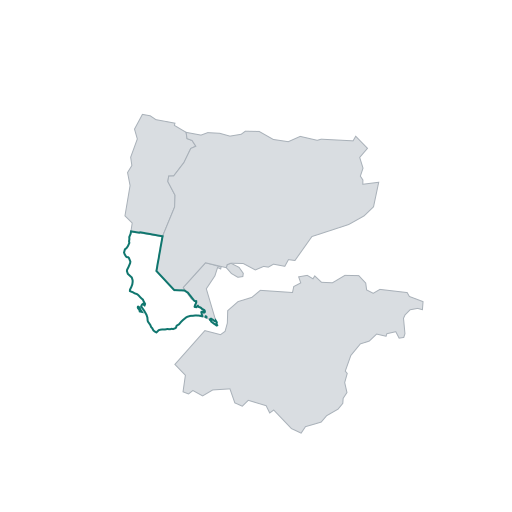 Oman shown with its bordering countries, rotated 121°
{"feature_id": "OMN", "entity_name": "Oman", "entity_type": "country or territory", "adm_level": 0, "iso_a3": "OMN", "parent_name": "Asia", "parent_adm1": "", "projection": "robinson", "projection_center": [56.004, 21.502], "detail": "fine", "context": "with_neighbors", "style": "outline", "palette": "teal", "viewbox_px": 512, "rotation_deg": 121, "n_neighbors": 5, "source": "natural_earth", "source_scale": "50m", "svg_char_len": 5473}
<svg xmlns="http://www.w3.org/2000/svg" viewBox="0 0 512 512"><g transform="rotate(121 256 256)"><path d="M283.4,280.2L285.3,279.6L285.7,283.0L294.2,281.0L309.7,281.7L332.0,257.4L334.1,261.7L335.5,271.6L330.0,271.7L329.1,279.9L331.0,281.6L326.1,284.1L326.1,289.3L320.4,302.2L287.8,295.8L283.4,280.2Z" fill="#d9dde1" stroke="#a8b0b8" stroke-width="1"/><path d="M275.1,273.8L274.5,264.6L277.4,258.0L280.4,256.7L283.6,260.6L283.7,268.0L281.3,275.4L278.3,276.3L275.1,273.8Z" fill="#d9dde1" stroke="#a8b0b8" stroke-width="1"/><path d="M251.9,208.7L246.2,202.1L246.2,195.4L242.8,195.4L244.8,186.3L239.6,176.7L226.8,169.8L219.9,157.8L222.7,148.0L228.1,143.7L227.6,136.3L220.8,132.6L209.5,107.6L211.7,103.7L209.1,89.3L216.3,85.7L217.7,90.5L222.7,96.2L229.7,97.9L233.4,97.5L245.9,88.3L249.7,87.4L252.7,91.0L248.9,97.2L255.2,103.8L257.8,103.2L260.8,112.4L270.6,115.1L277.6,121.3L292.4,123.5L308.7,120.2L309.7,117.3L318.8,114.8L326.2,107.7L333.1,108.0L337.6,105.7L345.0,106.8L356.5,113.2L364.8,114.6L376.8,125.7L384.6,126.1L385.7,136.7L378.9,161.5L383.5,163.4L379.1,170.2L383.7,188.3L391.8,190.4L392.8,198.5L383.3,209.9L393.1,224.1L403.4,229.7L403.8,240.8L409.0,242.8L410.0,248.6L394.6,255.1L390.7,269.7L346.3,261.4L341.7,245.9L336.5,243.7L328.3,246.0L317.4,252.1L304.3,247.9L293.5,238.2L283.2,234.6L268.5,205.9L262.7,207.9L256.0,203.8L251.9,208.7Z" fill="#d9dde1" stroke="#a8b0b8" stroke-width="1"/><path d="M287.5,346.2L299.5,375.8L291.5,379.1L289.1,389.0L260.5,400.2L250.6,409.1L242.4,409.0L235.9,414.3L216.8,418.0L209.8,425.5L193.1,426.3L190.3,418.9L190.7,412.1L183.9,393.9L186.1,393.2L186.0,379.6L190.9,375.6L189.9,370.3L192.9,364.1L197.4,367.3L213.0,365.9L229.8,367.8L232.5,372.0L237.6,369.9L245.6,356.7L255.9,351.0L287.5,346.2Z" fill="#d9dde1" stroke="#a8b0b8" stroke-width="1"/><path d="M106.3,215.9L118.1,217.9L125.6,209.5L133.8,207.7L135.8,203.5L139.5,201.4L129.6,188.8L153.3,180.6L165.9,184.0L181.3,192.8L210.5,218.1L239.8,220.3L242.4,226.3L250.0,226.0L254.0,236.8L259.2,239.7L261.0,244.1L268.3,249.4L269.0,263.0L275.1,273.8L278.3,276.3L281.3,275.4L287.8,295.8L320.4,302.2L322.6,299.5L327.6,308.4L320.3,333.6L287.5,346.2L255.9,351.0L245.6,356.7L237.6,369.9L232.5,372.0L229.8,367.8L213.0,365.9L197.4,367.3L192.9,364.1L189.9,370.3L190.9,375.6L186.0,379.6L180.7,365.4L175.1,360.9L169.5,350.3L166.7,340.1L159.3,331.4L154.5,329.4L147.6,317.4L147.2,301.2L141.4,287.2L130.7,279.7L125.3,263.1L122.3,260.3L107.3,232.1L102.0,232.2L106.3,215.9Z" fill="#d9dde1" stroke="#a8b0b8" stroke-width="1"/><path d="M299.2,375.8L298.6,374.1L297.9,372.5L297.3,370.8L296.6,369.2L296.1,368.0L295.4,367.6L294.9,366.4L294.4,365.1L293.9,363.8L293.5,362.6L293.0,361.3L292.5,360.1L292.0,358.8L291.5,357.6L291.1,356.3L290.6,355.0L290.1,353.8L289.6,352.5L289.2,351.3L288.7,350.0L288.2,348.8L287.7,347.5L287.2,346.2L288.8,345.7L290.7,344.9L292.6,344.2L294.4,343.5L296.3,342.8L298.2,342.1L300.1,341.3L302.0,340.6L303.9,339.9L305.7,339.2L307.6,338.4L309.5,337.7L311.4,337.0L313.3,336.3L315.1,335.6L317.0,334.8L318.9,334.1L320.1,333.7L320.6,332.0L321.0,330.6L321.4,329.2L321.8,327.8L322.2,326.4L322.6,325.0L323.0,323.6L323.4,322.2L323.8,320.8L324.2,319.5L324.6,318.1L325.0,316.7L325.4,315.3L325.8,313.9L326.2,312.5L326.6,311.1L327.0,309.7L327.3,308.4L326.6,307.2L325.7,305.5L324.8,303.8L323.8,302.2L323.2,301.0L322.4,299.6L322.5,297.7L322.5,296.8L322.5,295.4L323.3,293.5L324.2,291.0L324.9,289.3L325.4,287.9L325.9,286.7L326.2,285.6L326.0,284.7L325.7,284.4L325.5,284.0L326.3,283.4L327.9,283.0L328.8,283.1L330.1,282.8L331.1,282.5L331.2,282.1L330.9,281.5L330.5,280.6L329.1,280.5L328.6,280.2L329.1,278.9L329.1,278.4L328.9,277.9L328.7,277.1L328.8,276.0L329.1,275.3L329.1,274.7L329.0,273.4L329.0,272.4L329.3,271.8L329.8,271.3L330.3,271.0L330.8,271.1L331.2,271.3L331.4,271.9L331.3,272.2L331.0,272.3L330.9,272.5L331.3,273.2L331.9,274.0L332.4,273.9L332.9,273.3L333.5,272.8L334.1,272.4L334.6,271.6L335.1,271.0L335.4,271.0L336.5,274.3L338.2,277.4L339.6,279.1L341.1,281.4L343.4,283.5L344.5,284.2L348.7,285.7L351.0,286.3L354.2,286.8L356.4,288.0L357.2,288.1L358.3,287.7L359.2,287.8L361.3,289.4L361.9,290.9L362.8,291.7L363.6,292.9L364.1,294.2L365.9,296.2L367.2,298.5L368.5,300.1L369.7,301.2L371.4,301.6L372.8,302.0L372.9,303.2L372.8,304.6L372.6,305.7L371.3,307.8L371.0,309.1L369.5,311.2L367.9,314.8L367.2,315.6L364.7,317.4L362.8,319.6L360.6,323.5L358.9,327.3L358.2,328.5L356.9,328.7L356.0,328.6L355.3,328.3L355.6,327.2L355.7,326.1L354.9,326.2L354.2,326.4L352.5,329.3L351.6,330.5L351.4,332.1L350.9,334.2L350.3,336.1L350.0,337.7L350.0,338.6L350.5,340.8L350.5,343.0L350.8,344.4L351.0,346.0L350.2,346.5L349.6,346.7L346.9,346.9L344.1,347.4L341.7,348.4L340.3,349.3L338.4,351.4L337.3,356.7L335.4,358.9L334.2,359.4L331.2,359.6L327.0,360.2L325.5,360.8L323.1,364.0L322.9,365.0L323.4,365.8L323.5,366.6L323.3,367.3L322.2,369.4L321.0,370.9L317.8,371.8L316.6,371.3L315.5,371.0L313.4,370.9L310.0,371.3L308.8,372.4L306.8,373.2L305.0,374.4L301.6,374.9L299.2,375.8ZM334.5,262.5L334.2,262.8L333.9,262.8L333.2,262.6L332.8,262.0L332.9,261.3L332.9,260.0L333.1,258.8L333.0,257.5L332.5,257.2L332.1,257.3L333.0,255.5L333.4,255.2L333.7,255.3L334.5,255.1L335.0,254.2L335.3,253.6L335.7,253.7L335.9,254.0L335.7,255.5L335.7,256.7L335.3,260.6L334.8,261.2L334.6,261.8L334.5,262.5ZM360.9,330.9L360.3,331.1L360.1,331.0L360.1,329.4L361.6,327.4L362.7,325.1L363.4,327.1L362.2,328.3L361.5,330.3L360.9,330.9ZM334.3,267.7L333.8,268.1L333.5,268.0L333.6,267.3L333.8,266.9L334.2,266.9L334.3,267.2L334.3,267.7Z" fill="none" stroke="#0f766e" stroke-width="2"/></g></svg>